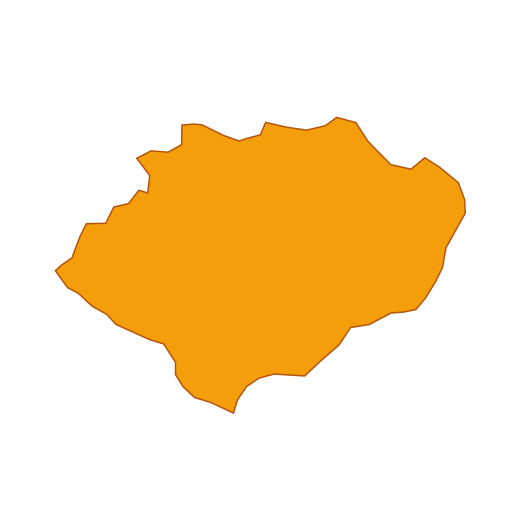 outline of Mora, Cyprus, rotated 17°
{"feature_id": "46923920B52703620430879", "entity_name": "Mora", "entity_type": "district", "adm_level": 2, "iso_a3": "CYP", "parent_name": "Cyprus", "parent_adm1": "", "projection": "robinson", "projection_center": [33.534, 35.168], "detail": "fine", "context": "isolated", "style": "filled", "palette": "amber", "viewbox_px": 512, "rotation_deg": 17, "n_neighbors": 0, "source": "geoboundaries", "source_scale": "gbopen_adm2", "svg_char_len": 975}
<svg xmlns="http://www.w3.org/2000/svg" viewBox="0 0 512 512"><g transform="rotate(17 256 256)"><path d="M68.4,328.7L85.0,341.3L96.9,343.6L113.6,351.8L130.2,355.4L142.2,362.4L179.1,367.1L193.4,367.1L210.1,381.2L213.7,392.9L224.4,402.3L238.7,409.3L255.4,409.3L280.4,412.8L280.4,398.7L285.2,383.5L294.7,371.8L307.8,363.6L337.6,356.5L348.3,337.8L361.4,316.7L367.4,296.7L384.1,288.5L401.9,271.0L413.9,266.3L424.6,260.4L430.5,246.3L435.3,227.6L437.7,212.4L435.3,192.4L443.6,153.8L438.8,140.8L428.1,126.8L405.5,117.4L388.7,112.7L378.8,127.7L358.2,129.2L341.4,120.2L329.2,113.4L312.4,99.2L292.6,99.9L284.2,111.2L267.4,120.9L247.6,123.9L226.2,125.4L224.7,138.9L212.5,146.4L206.4,150.9L189.6,150.2L166.0,146.4L158.4,147.9L146.9,152.4L152.3,171.2L141.6,182.4L124.8,186.2L113.4,197.4L130.9,210.2L134.0,227.4L124.8,227.4L118.7,243.2L105.7,250.7L102.7,268.7L84.4,274.7L82.1,288.2L81.3,298.7L80.6,311.5L72.9,321.2L68.4,328.7Z" fill="#f59e0b" stroke="#b45309" stroke-width="1.5"/></g></svg>